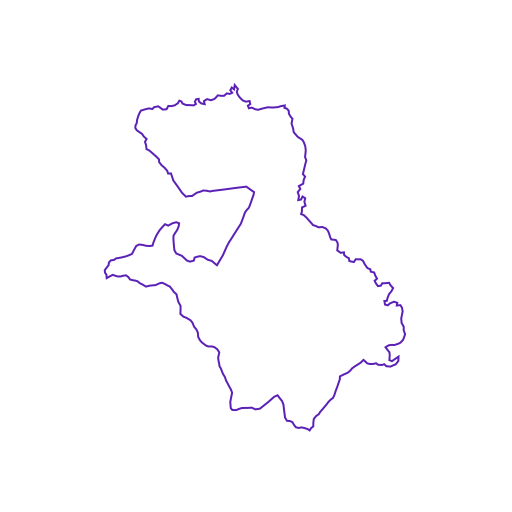 the district of Mogi Guaçu, São Paulo, Brazil, rotated 214°
{"feature_id": "56859067B6849718148142", "entity_name": "Mogi Guaçu", "entity_type": "district", "adm_level": 2, "iso_a3": "BRA", "parent_name": "Brazil", "parent_adm1": "São Paulo", "projection": "mercator", "projection_center": [-47.009, -22.234], "detail": "fine", "context": "isolated", "style": "outline", "palette": "violet", "viewbox_px": 512, "rotation_deg": 214, "n_neighbors": 0, "source": "geoboundaries", "source_scale": "gbopen_adm2", "svg_char_len": 5238}
<svg xmlns="http://www.w3.org/2000/svg" viewBox="0 0 512 512"><g transform="rotate(214 256 256)"><path d="M114.0,141.4L114.1,144.1L113.2,146.7L115.2,149.8L117.0,153.3L116.6,157.1L115.5,159.9L115.6,162.7L115.2,166.0L114.9,168.6L114.5,172.4L114.3,175.9L113.7,178.9L112.8,181.4L113.2,184.2L114.6,189.1L115.5,193.1L116.5,196.6L117.5,200.5L119.1,203.1L116.9,207.0L114.6,210.7L113.8,213.5L113.5,216.6L112.5,219.4L109.5,226.3L108.8,230.0L106.3,229.6L103.8,229.2L101.3,230.1L98.6,231.9L96.5,234.2L94.0,234.1L90.7,236.0L89.2,238.0L86.3,237.5L82.7,239.5L80.9,242.4L79.6,244.3L79.3,248.6L81.6,252.3L84.5,244.8L87.2,244.3L89.7,248.6L91.4,250.7L95.4,252.0L97.6,252.8L96.1,256.1L94.3,257.8L91.4,259.7L89.1,262.6L87.8,264.9L87.2,268.6L87.9,271.8L88.7,274.6L92.0,277.0L94.0,280.0L97.8,281.9L100.6,285.3L103.4,292.0L106.1,294.8L108.8,296.0L111.6,293.7L112.7,296.2L116.0,295.3L118.4,291.7L119.2,288.8L121.9,287.9L124.4,290.5L122.5,292.0L123.5,294.8L124.4,298.8L124.0,302.4L124.4,306.1L127.6,306.8L130.7,308.2L133.9,305.5L136.1,304.0L135.9,301.2L138.1,299.2L141.3,300.4L143.8,301.8L143.0,304.9L146.2,306.5L148.8,308.4L152.1,307.2L153.8,308.9L156.9,308.3L161.1,309.9L164.5,311.8L167.4,311.8L169.5,310.3L171.5,309.1L171.5,305.7L175.7,304.0L177.8,306.1L180.3,305.8L183.4,306.1L185.2,308.2L187.5,306.0L191.8,306.1L194.3,310.9L195.9,312.7L198.8,313.9L202.9,311.8L204.9,313.0L208.4,315.8L210.7,317.2L213.6,317.9L217.3,317.1L220.1,314.8L223.4,314.3L225.9,313.5L231.5,315.0L235.3,316.0L239.2,316.6L242.1,316.0L242.8,318.5L245.0,322.0L243.0,325.4L246.2,328.0L247.5,331.4L250.7,331.3L250.2,328.0L252.2,326.0L253.9,329.8L257.1,332.3L256.8,336.4L259.6,337.9L257.3,342.4L259.0,345.7L259.7,349.3L262.9,350.1L264.4,354.1L266.2,358.9L267.8,363.4L270.7,365.5L271.9,367.9L273.9,371.5L276.5,374.5L279.9,377.0L282.5,378.2L288.0,378.1L293.9,379.7L296.6,382.5L300.6,385.7L302.5,390.1L305.0,390.8L308.2,392.3L310.2,394.8L313.0,395.4L315.2,394.7L316.3,396.9L319.3,394.0L321.0,391.8L324.8,388.7L329.6,385.7L333.8,381.1L336.0,378.4L338.7,377.2L342.4,376.7L344.5,374.5L346.8,376.1L345.7,378.7L348.0,380.9L350.7,378.3L353.7,377.6L356.6,378.0L358.9,378.6L361.6,379.7L363.7,381.3L364.5,384.4L369.2,385.8L367.4,381.9L370.3,382.1L370.0,379.1L367.0,378.0L368.4,375.7L371.1,374.5L372.1,370.9L374.7,369.2L377.5,367.8L377.8,365.2L378.3,362.9L380.5,359.9L384.3,358.7L385.8,355.3L383.5,353.2L386.6,351.9L389.8,352.2L391.4,354.2L393.3,352.4L392.9,349.7L390.8,348.4L391.9,346.0L394.9,344.3L398.3,342.1L402.1,341.3L404.2,342.4L406.4,341.9L406.2,339.0L407.6,335.5L410.1,332.8L412.6,331.4L412.2,327.7L415.0,325.3L420.8,325.4L423.7,322.4L424.1,319.9L427.3,318.5L430.1,315.4L432.7,312.2L432.5,309.2L431.8,305.9L430.7,302.4L429.2,299.5L428.9,296.9L427.7,294.7L425.3,293.6L422.0,293.5L418.8,293.5L415.7,292.3L412.1,291.8L411.9,288.6L408.9,286.2L406.6,283.4L403.2,283.8L397.8,283.1L394.1,282.6L390.5,281.9L388.8,279.7L385.2,278.5L381.1,278.0L377.3,277.0L374.9,275.2L372.7,276.9L370.0,274.9L366.8,272.4L363.3,271.1L359.5,269.7L355.4,268.1L353.0,267.1L349.9,266.5L347.3,266.0L345.2,268.1L342.6,270.0L340.5,275.3L337.8,278.6L336.4,280.8L333.4,282.5L330.2,283.8L328.6,285.5L319.3,293.6L311.1,300.9L302.8,308.1L296.0,307.9L293.4,307.9L292.3,305.6L291.3,301.6L290.4,298.4L289.4,294.4L288.9,292.0L289.4,288.9L289.5,285.9L288.4,281.9L286.6,274.3L286.5,269.9L286.4,265.1L286.2,259.3L286.1,255.6L286.1,252.8L285.6,247.9L284.7,242.7L283.9,238.2L283.2,226.5L286.5,226.8L289.9,227.2L293.9,225.9L298.7,225.9L302.3,224.6L304.6,222.2L306.0,220.3L305.0,217.4L307.6,214.4L310.6,213.6L313.9,214.1L317.5,214.7L320.5,214.1L323.5,213.5L326.8,215.1L329.2,217.9L331.7,221.0L333.9,223.8L335.7,226.6L335.9,229.9L335.9,233.6L336.8,237.6L338.0,240.1L341.0,239.4L343.5,236.5L345.8,232.1L349.2,231.5L349.8,227.8L350.3,223.7L350.2,218.6L349.7,215.0L348.6,209.9L347.6,206.7L349.8,204.8L352.6,203.1L356.2,201.8L359.4,200.1L360.9,197.3L360.5,192.7L360.0,188.4L361.3,186.2L363.5,183.1L366.1,180.2L368.8,177.5L370.7,175.7L371.5,173.4L373.9,171.2L374.3,168.4L373.1,166.0L373.3,162.6L373.5,159.7L371.8,157.7L369.6,156.9L367.4,154.2L365.7,157.6L364.2,160.3L361.7,160.9L359.2,161.7L356.8,163.3L355.4,165.1L352.9,167.3L349.8,167.1L347.4,166.1L344.9,166.9L342.1,168.2L339.9,168.8L337.1,168.5L334.2,168.9L330.1,169.1L327.4,172.1L325.2,173.9L323.0,175.7L320.8,179.3L318.9,181.3L315.8,181.9L313.3,182.0L310.4,182.5L306.6,181.3L304.2,180.3L300.5,179.8L298.4,177.8L296.2,175.8L294.3,174.3L290.7,172.5L288.9,169.9L286.3,165.7L282.2,165.1L279.3,165.8L274.5,166.1L271.4,165.2L267.7,162.7L264.4,161.8L261.3,159.9L258.7,156.6L255.5,154.9L252.7,154.1L249.6,153.9L246.8,153.8L244.5,154.6L241.8,156.5L239.1,157.2L235.9,157.0L232.6,155.6L231.5,153.0L230.6,150.6L228.6,148.3L226.2,146.0L224.6,144.2L222.2,143.1L219.9,141.4L217.1,139.6L213.9,138.2L211.5,136.2L209.0,134.9L206.1,133.3L202.1,131.3L199.3,129.2L197.3,124.3L195.7,120.6L193.7,118.1L191.9,115.8L189.7,115.1L186.4,117.0L184.5,119.8L182.9,121.9L180.3,123.8L177.4,125.8L174.7,127.9L170.8,128.5L167.4,131.6L165.2,138.6L164.1,142.0L163.1,146.0L162.2,149.5L160.2,152.6L156.5,151.3L153.2,150.3L150.1,148.1L147.2,144.7L141.6,138.3L138.2,136.7L135.5,138.2L133.0,138.6L130.4,137.4L127.3,136.3L124.5,137.3L122.2,139.5L118.9,140.7L116.4,141.4L114.0,141.4Z" fill="none" stroke="#5b21b6" stroke-width="2"/></g></svg>